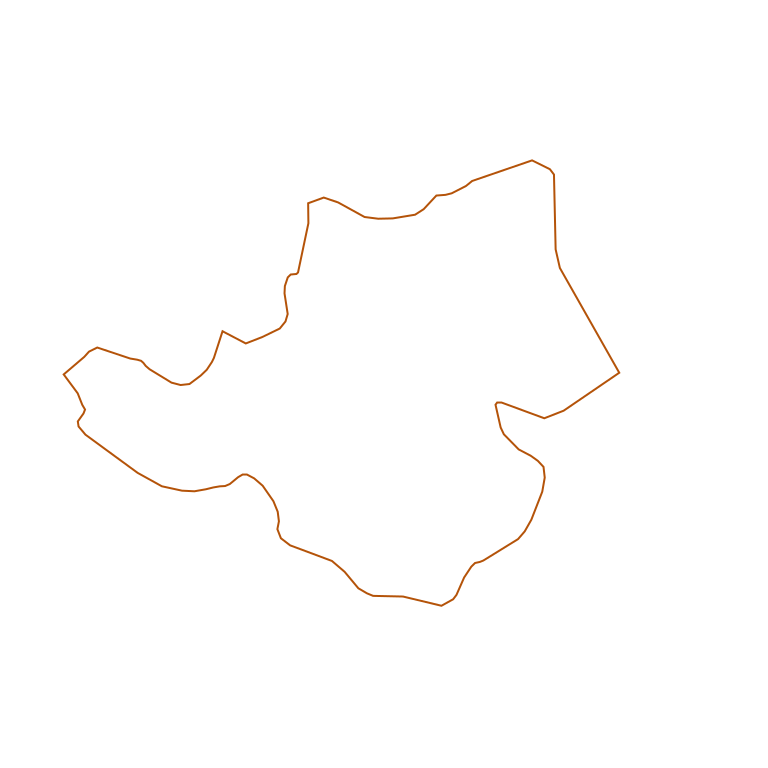 outline of Glarus, rotated 51°
{"feature_id": "CHE-169", "entity_name": "Glarus", "entity_type": "Canton", "adm_level": 1, "iso_a3": "CHE", "parent_name": "Switzerland", "parent_adm1": "", "projection": "robinson", "projection_center": [9.033, 46.988], "detail": "fine", "context": "isolated", "style": "outline", "palette": "amber", "viewbox_px": 768, "rotation_deg": 51, "n_neighbors": 0, "source": "natural_earth", "source_scale": "10m", "svg_char_len": 1449}
<svg xmlns="http://www.w3.org/2000/svg" viewBox="0 0 768 768"><g transform="rotate(51 384 384)"><path d="M241.4,476.3L265.5,465.9L270.9,449.0L275.3,430.1L273.4,421.2L269.0,414.8L251.0,404.3L245.5,399.4L240.6,391.7L240.2,387.6L243.4,382.8L243.2,380.6L211.5,341.6L195.8,329.2L201.2,313.5L214.0,305.4L242.0,294.0L251.9,284.5L260.8,273.0L272.0,253.3L273.1,243.1L270.5,224.7L275.7,217.2L278.4,211.4L281.7,195.7L281.7,187.7L303.4,128.2L321.5,119.9L328.2,120.1L387.4,165.9L404.5,174.3L523.3,194.1L517.8,261.2L511.5,281.0L472.4,304.3L469.6,307.7L470.3,310.4L491.2,320.7L498.5,322.5L519.6,320.5L532.2,315.1L540.6,312.8L548.8,312.2L557.9,318.0L567.3,328.8L582.2,354.9L587.1,367.4L588.9,377.4L583.7,417.9L582.6,421.5L580.4,425.9L580.9,431.1L584.8,443.5L593.5,460.4L594.8,465.7L592.5,478.9L561.1,503.0L541.8,525.8L535.9,529.0L526.6,532.5L505.2,532.8L488.8,535.8L450.3,558.5L439.0,561.2L429.7,558.2L424.6,552.1L416.4,547.0L405.5,543.7L386.7,542.3L375.6,544.3L368.1,547.5L365.4,550.8L364.6,556.0L364.7,566.8L363.3,571.7L360.2,576.0L357.0,581.7L353.7,588.7L348.1,598.8L339.8,608.1L323.7,621.0L298.0,631.4L235.5,647.9L224.8,648.1L220.4,645.5L217.8,636.1L215.7,632.4L210.3,631.6L198.5,627.9L175.0,626.9L174.3,599.9L173.2,592.9L175.2,583.9L204.5,565.2L209.8,560.5L213.1,558.2L216.1,557.7L220.0,557.8L225.0,556.9L249.2,548.3L256.8,542.7L261.6,535.2L262.1,521.0L261.4,512.8L258.6,503.9L256.7,499.8L241.4,476.3Z" fill="none" stroke="#b45309" stroke-width="2"/></g></svg>